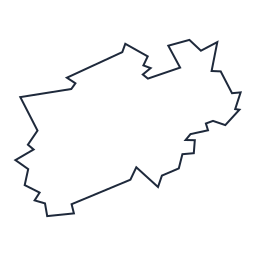 SVG path tracing the border of Nordrhein-Westfalen
{"feature_id": "DEU-1572", "entity_name": "Nordrhein-Westfalen", "entity_type": "State", "adm_level": 1, "iso_a3": "DEU", "parent_name": "Germany", "parent_adm1": "", "projection": "natural_earth1", "projection_center": [7.941, 51.424], "detail": "coarse", "context": "isolated", "style": "outline", "palette": "slate", "viewbox_px": 256, "rotation_deg": 0, "n_neighbors": 0, "source": "natural_earth", "source_scale": "10m", "svg_char_len": 677}
<svg xmlns="http://www.w3.org/2000/svg" viewBox="0 0 256 256"><path d="M66.9,77.7L122.3,52.1L125.3,43.8L147.7,56.4L143.4,65.4L150.6,68.1L142.8,74.5L147.9,78.6L180.1,67.6L168.3,45.7L189.4,39.9L200.9,50.7L217.3,42.1L211.6,71.0L220.7,71.4L232.0,93.2L240.6,92.4L235.2,109.1L239.4,109.7L225.3,125.1L213.0,120.9L205.9,123.5L208.0,130.3L190.5,134.1L185.6,140.0L194.8,140.2L193.8,153.2L182.4,154.2L178.8,168.4L161.9,175.6L158.0,187.0L136.3,167.3L130.4,179.7L71.6,204.2L73.9,213.4L47.2,216.1L45.0,203.4L34.6,200.4L39.6,192.6L24.7,185.1L28.2,169.1L15.4,160.1L33.6,149.5L27.9,144.7L37.5,130.6L20.3,97.1L71.3,89.0L75.4,83.3L66.9,77.7Z" fill="none" stroke="#1e293b" stroke-width="2"/></svg>